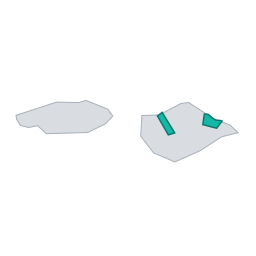 Satupa'itea highlighted on a map of Samoa, rotated 162°
{"feature_id": "WSM-4993", "entity_name": "Satupa'itea", "entity_type": "state/province", "adm_level": 1, "iso_a3": "WSM", "parent_name": "Samoa", "parent_adm1": "", "projection": "albers", "projection_center": [-172.549, -13.684], "detail": "fine", "context": "in_parent", "style": "filled", "palette": "teal", "viewbox_px": 256, "rotation_deg": 162, "n_neighbors": 0, "source": "natural_earth", "source_scale": "10m", "svg_char_len": 718}
<svg xmlns="http://www.w3.org/2000/svg" viewBox="0 0 256 256"><g transform="rotate(162 128 128)"><path d="M94.0,81.3L111.4,96.4L118.4,116.4L110.9,135.6L94.4,130.8L70.5,134.9L62.5,133.5L43.4,110.0L30.1,99.4L24.7,89.5L41.7,90.7L66.4,84.1L94.0,81.3ZM230.5,174.7L188.0,174.7L166.9,167.4L159.4,167.3L141.4,152.1L138.7,144.1L148.2,138.9L167.9,136.2L207.4,147.8L213.3,158.1L222.4,159.2L229.5,163.7L231.3,170.9L230.5,174.7Z" fill="#d9dde1" stroke="#a8b0b8" stroke-width="1"/><path d="M51.1,117.7L49.0,116.9L47.4,116.0L44.1,110.7L42.0,108.3L38.0,106.7L36.4,105.5L43.7,100.4L47.6,102.8L55.8,108.1L51.1,117.7ZM96.3,130.3L90.7,132.3L85.1,108.9L91.8,109.0L96.3,130.3Z" fill="#14b8a6" stroke="#0f766e" stroke-width="1.5"/></g></svg>